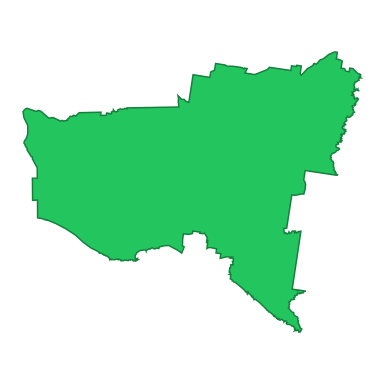 outline of Moyne, Victoria, Australia
{"feature_id": "25037944B46844675944162", "entity_name": "Moyne", "entity_type": "district", "adm_level": 2, "iso_a3": "AUS", "parent_name": "Australia", "parent_adm1": "Victoria", "projection": "orthographic", "projection_center": [142.577, -38.188], "detail": "fine", "context": "isolated", "style": "filled", "palette": "green", "viewbox_px": 384, "rotation_deg": 0, "n_neighbors": 0, "source": "geoboundaries", "source_scale": "gbopen_adm2", "svg_char_len": 5983}
<svg xmlns="http://www.w3.org/2000/svg" viewBox="0 0 384 384"><path d="M232.3,66.2L227.2,66.2L225.1,65.0L215.6,63.5L214.5,70.2L210.7,72.0L209.8,77.4L193.1,74.7L188.8,102.4L186.0,101.4L184.1,99.4L181.8,99.4L178.0,95.7L178.6,98.5L178.2,100.7L178.8,106.8L179.2,107.0L127.0,107.9L127.0,108.8L124.6,108.4L124.1,109.0L121.5,109.4L120.3,108.8L117.6,110.1L117.7,111.3L116.6,111.8L114.7,111.5L113.4,109.8L113.3,111.2L111.5,112.0L111.5,113.7L110.4,114.1L109.8,113.4L108.9,113.7L107.8,113.0L106.5,113.1L106.7,114.5L106.0,115.3L100.5,115.4L101.0,112.2L79.1,112.7L75.8,116.0L73.7,115.3L73.0,115.5L72.6,116.5L70.1,116.3L69.3,117.8L68.0,118.5L68.1,119.2L67.2,120.4L66.5,120.1L66.2,120.6L63.5,121.0L62.0,120.4L60.5,121.1L53.1,117.5L48.8,118.1L40.7,111.1L38.5,110.4L37.4,110.8L37.2,111.4L35.1,111.1L27.2,108.3L25.5,108.9L23.0,111.5L23.9,117.5L27.7,125.4L27.8,133.6L26.7,137.6L24.2,141.5L24.0,143.2L25.1,144.6L25.1,145.4L26.5,147.9L27.3,148.5L27.1,150.0L31.2,156.6L32.4,156.9L32.4,158.9L37.2,167.7L37.3,178.2L32.4,178.2L32.5,188.1L32.6,200.3L37.5,200.1L37.6,217.9L41.6,218.5L45.5,219.9L46.5,220.1L46.5,219.7L56.0,223.6L66.0,228.9L75.5,235.1L83.3,242.3L91.0,248.0L97.4,251.1L99.4,252.6L99.4,253.1L101.2,253.1L104.1,255.2L104.8,255.0L105.6,255.9L107.3,256.1L109.2,258.0L109.8,259.7L110.2,259.0L111.8,259.8L112.1,259.3L114.2,259.8L117.0,259.1L118.5,259.8L118.9,259.7L118.8,259.2L120.4,259.8L121.0,260.7L121.3,260.1L123.3,260.8L125.5,260.0L128.1,260.7L128.9,259.8L130.2,260.2L130.8,259.6L132.6,259.9L132.9,260.6L133.8,261.0L135.1,259.8L134.7,260.6L135.6,261.2L138.2,259.5L136.9,259.2L137.2,258.5L136.0,258.9L135.3,258.4L135.1,256.6L135.4,255.1L137.1,252.5L139.9,250.6L144.7,249.9L145.7,250.2L146.2,251.2L146.3,250.5L148.4,249.0L149.9,249.1L152.3,247.8L154.3,249.0L157.1,248.1L158.8,248.5L159.5,246.9L163.8,245.8L168.7,245.5L177.1,249.9L181.7,253.1L184.2,246.9L182.5,245.9L182.6,240.0L183.4,233.9L189.0,234.4L192.5,233.5L192.8,231.1L200.0,232.1L199.8,233.3L202.8,233.7L204.5,233.2L207.2,237.4L206.6,242.0L207.8,241.1L206.9,248.5L208.0,247.8L210.0,247.5L216.6,248.8L216.0,253.0L220.8,253.7L220.2,258.4L226.4,256.8L232.0,257.1L230.4,258.1L233.4,258.5L233.1,261.7L232.4,261.6L233.3,264.9L230.9,264.6L230.5,267.8L229.8,267.8L229.2,272.1L230.3,272.4L230.2,273.8L229.3,274.4L230.9,274.6L230.3,278.9L231.9,279.7L232.2,280.7L233.3,281.2L233.7,282.0L234.8,282.1L239.5,285.8L244.3,290.0L245.6,291.8L246.3,292.3L246.9,291.8L247.2,292.7L247.9,292.3L247.5,293.4L248.2,293.1L248.1,293.7L248.6,293.2L249.8,293.8L250.4,295.0L251.4,295.4L251.5,296.6L252.8,296.4L252.6,297.5L254.1,298.6L253.9,299.6L255.5,299.4L259.3,302.3L266.1,308.9L266.8,310.1L267.9,310.6L268.7,311.9L269.6,311.9L272.8,314.6L273.7,315.9L274.5,315.7L274.1,316.4L275.8,317.1L276.6,318.4L277.4,318.4L277.6,319.2L278.9,318.6L278.7,319.5L279.9,320.2L280.5,320.1L281.0,319.3L281.8,319.3L283.9,321.1L284.0,321.9L284.7,320.9L285.8,320.9L286.2,322.0L287.1,322.4L286.4,323.6L287.2,324.4L290.2,324.5L292.1,326.2L293.5,326.1L293.7,326.9L295.2,328.3L294.7,328.8L295.0,329.2L294.6,329.3L295.1,330.0L294.8,330.5L295.5,330.1L295.5,330.6L296.8,330.7L297.6,329.9L298.5,330.4L298.8,332.1L300.1,332.0L301.8,329.0L299.9,327.6L299.8,326.2L298.2,323.0L298.0,321.8L298.5,320.9L297.7,319.7L298.0,318.1L297.2,316.8L295.5,316.2L293.7,314.5L293.7,312.5L292.2,312.2L288.4,308.1L289.2,307.3L289.0,305.2L289.7,303.9L288.7,301.9L290.4,301.5L291.1,299.7L294.3,299.4L293.8,297.7L295.1,296.9L295.0,295.6L296.9,295.3L297.5,293.2L299.0,293.8L299.8,292.9L300.5,293.6L301.9,292.8L303.1,292.9L303.3,291.9L305.8,291.2L297.8,289.9L297.7,290.7L296.8,289.9L292.2,289.1L300.9,231.2L298.5,231.5L298.1,232.4L297.5,232.1L296.4,232.9L296.0,232.2L294.9,233.0L294.6,232.6L295.2,231.1L292.4,231.1L290.3,233.5L289.9,233.6L289.0,231.9L288.5,233.1L287.1,233.9L285.7,232.7L284.7,233.4L284.0,231.5L283.9,228.6L286.7,228.1L291.8,194.9L295.5,195.3L301.9,193.9L303.8,194.1L305.2,188.9L305.6,184.4L304.6,181.2L303.7,180.3L305.2,170.5L332.8,174.7L337.0,175.3L337.5,174.9L336.1,173.8L335.8,172.7L335.2,172.6L335.4,171.6L333.9,170.0L334.1,168.0L333.1,166.6L333.6,166.0L333.3,164.7L333.8,163.5L332.9,161.2L331.8,161.0L331.5,159.7L330.6,159.0L331.3,157.5L330.4,156.2L332.4,153.3L334.2,153.0L335.9,151.8L336.4,150.8L338.2,150.2L339.4,149.0L339.5,148.5L336.4,147.2L336.0,146.4L336.1,144.9L338.5,144.0L337.8,142.8L338.4,143.0L339.5,141.5L340.9,142.1L341.5,141.7L341.9,140.9L340.8,140.9L341.3,140.6L341.1,140.3L341.5,139.4L340.6,139.4L340.6,138.3L341.5,138.3L340.9,137.4L341.4,137.4L342.0,136.1L340.7,134.4L341.5,133.9L342.7,134.7L343.2,134.0L344.3,134.0L344.6,133.5L344.2,132.8L345.8,131.4L345.1,130.9L345.8,129.8L345.0,129.3L344.1,129.8L344.0,129.2L342.6,128.6L342.2,126.9L342.8,126.0L343.5,126.3L343.6,125.3L343.9,126.1L344.1,125.2L345.6,124.8L345.2,124.0L344.0,123.5L345.0,121.7L346.5,121.0L346.8,120.1L346.3,119.8L346.2,117.6L347.2,117.3L347.4,116.3L348.5,117.4L350.8,116.7L351.1,115.5L352.1,115.4L352.8,114.7L352.5,113.4L354.4,112.3L353.4,110.7L353.4,109.6L352.5,109.2L353.1,107.5L352.1,106.2L353.1,105.6L354.5,105.8L355.6,104.8L354.6,104.0L355.5,103.6L356.1,102.6L356.0,101.8L357.5,100.7L358.4,99.0L357.8,98.5L357.4,98.8L357.0,97.8L354.9,99.1L354.7,98.4L354.3,98.6L354.1,97.8L354.5,97.4L353.7,96.0L351.7,95.2L352.5,94.5L353.7,94.5L353.0,93.4L352.5,93.4L352.8,92.7L352.1,92.0L354.5,91.5L356.1,89.8L359.3,91.0L357.9,90.0L357.8,89.0L357.1,89.9L356.1,88.8L355.6,89.8L354.1,89.5L353.9,88.7L354.6,87.5L353.7,84.6L354.6,84.0L354.9,82.1L356.2,82.0L358.1,80.4L358.9,80.3L358.6,79.6L359.0,79.0L358.9,77.8L361.0,77.9L359.6,76.6L359.8,76.1L360.5,76.2L360.6,74.6L357.5,73.2L352.9,68.6L349.7,68.1L349.2,71.7L345.6,71.1L344.6,68.7L341.1,68.2L342.2,61.0L339.4,59.6L336.4,59.0L337.3,52.3L334.9,51.9L329.0,54.3L323.1,59.0L320.2,59.8L316.8,63.8L315.8,64.2L314.5,63.5L313.7,63.7L312.8,65.6L307.4,68.7L301.3,75.3L300.2,73.7L301.3,66.0L296.6,65.3L296.4,66.5L291.5,65.8L290.9,70.5L269.4,67.3L267.3,69.6L254.7,74.6L245.0,73.0L247.2,68.6L244.4,68.1L244.0,68.8L241.7,67.5L232.3,66.2Z" fill="#22c55e" stroke="#15803d" stroke-width="1.5"/></svg>